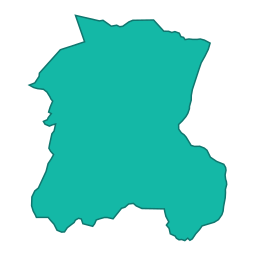 outline of Parelhas, Rio Grande do Norte, Brazil
{"feature_id": "56859067B27225115127072", "entity_name": "Parelhas", "entity_type": "district", "adm_level": 2, "iso_a3": "BRA", "parent_name": "Brazil", "parent_adm1": "Rio Grande do Norte", "projection": "albers", "projection_center": [-36.615, -6.711], "detail": "fine", "context": "isolated", "style": "filled", "palette": "teal", "viewbox_px": 256, "rotation_deg": 0, "n_neighbors": 0, "source": "geoboundaries", "source_scale": "gbopen_adm2", "svg_char_len": 1827}
<svg xmlns="http://www.w3.org/2000/svg" viewBox="0 0 256 256"><path d="M75.5,15.4L84.6,41.8L66.3,47.8L62.9,48.9L60.3,49.8L39.4,73.1L39.1,76.4L34.8,82.9L29.3,85.1L33.6,87.5L37.5,88.6L43.5,89.3L47.0,92.1L49.8,96.6L51.0,99.1L52.7,101.1L50.2,107.0L48.6,112.1L51.3,113.6L48.3,117.5L47.3,119.7L43.4,121.4L45.0,124.2L49.4,126.1L52.5,124.8L55.6,124.0L54.1,131.0L51.9,133.8L49.5,144.8L48.9,148.3L50.7,151.4L53.6,154.6L51.1,159.1L48.1,163.6L46.1,171.4L38.4,188.0L34.8,190.9L31.9,196.9L31.6,205.8L33.2,211.0L35.4,215.1L36.4,217.4L48.2,217.4L50.5,220.3L54.0,224.2L57.0,230.2L61.6,232.1L64.5,231.9L67.3,227.7L74.1,222.5L75.4,220.1L78.5,218.3L81.3,219.0L82.9,223.7L92.7,226.3L94.6,223.8L96.3,219.9L100.0,218.7L104.3,217.5L107.3,217.5L113.1,218.8L121.5,208.3L125.0,207.2L128.6,204.0L133.4,203.4L136.2,205.9L141.9,208.5L154.0,208.7L164.3,208.9L164.7,211.4L165.9,216.4L168.8,221.9L166.4,225.1L169.1,228.4L170.3,233.8L175.2,236.1L176.4,238.2L179.0,239.8L181.7,239.5L184.8,240.6L187.8,238.2L189.9,240.3L192.3,238.9L195.8,233.7L199.5,229.6L202.1,225.9L214.3,222.2L218.5,219.6L221.9,214.7L223.1,211.1L223.6,206.4L225.2,197.9L225.5,192.8L225.4,189.4L226.7,184.5L226.4,181.6L225.6,179.3L225.1,175.0L226.0,170.2L225.6,167.5L223.8,164.3L216.6,161.4L210.4,157.2L207.0,150.3L204.3,148.1L199.8,146.3L194.5,146.4L191.1,145.4L186.1,137.1L184.1,134.8L181.3,132.8L178.7,129.1L178.6,124.5L182.3,120.9L185.9,116.6L187.8,113.4L189.4,108.8L189.5,106.3L191.2,100.2L191.3,95.4L192.4,89.4L199.1,68.9L201.2,62.8L204.9,56.2L208.3,49.3L210.1,43.1L204.4,40.1L200.3,39.0L197.3,39.4L192.7,39.4L188.9,39.0L185.0,39.6L183.6,37.4L180.9,36.7L179.3,33.2L174.9,31.6L171.8,32.5L168.7,31.3L163.8,31.2L153.6,20.0L132.8,20.3L128.9,21.9L122.7,26.3L119.6,26.7L116.7,25.2L111.3,26.2L108.8,24.4L103.0,20.3L99.4,20.9L75.5,15.4Z" fill="#14b8a6" stroke="#0f766e" stroke-width="1.5"/></svg>